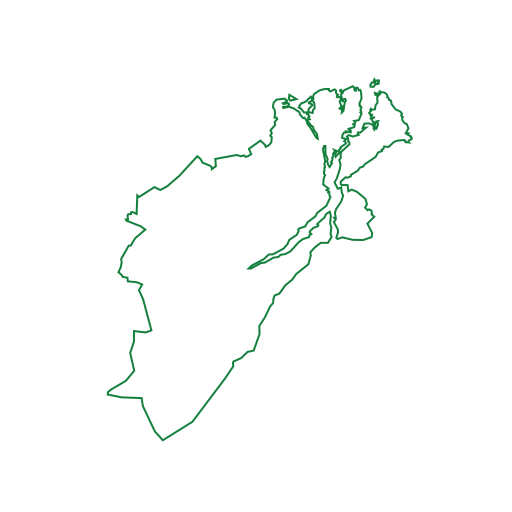 the district of Suldal nor, Rogaland, Norway, rotated 159°
{"feature_id": "86288312B74998451175401", "entity_name": "Suldal nor", "entity_type": "district", "adm_level": 2, "iso_a3": "NOR", "parent_name": "Norway", "parent_adm1": "Rogaland", "projection": "albers", "projection_center": [6.141, 59.542], "detail": "fine", "context": "isolated", "style": "outline", "palette": "green", "viewbox_px": 512, "rotation_deg": 159, "n_neighbors": 0, "source": "geoboundaries", "source_scale": "gbopen_adm2", "svg_char_len": 6067}
<svg xmlns="http://www.w3.org/2000/svg" viewBox="0 0 512 512"><g transform="rotate(159 256 256)"><path d="M409.0,117.4L374.8,124.0L328.7,152.8L316.7,161.2L315.9,164.3L314.9,165.6L306.5,166.0L298.2,169.5L292.1,168.5L280.7,181.8L278.0,189.5L269.8,195.4L260.9,203.8L256.8,206.1L255.1,209.8L252.7,212.5L247.8,212.4L239.2,218.1L230.8,220.9L224.8,224.8L210.1,229.5L204.6,237.0L204.0,240.0L197.8,243.0L190.9,245.1L184.2,242.5L179.4,246.1L178.5,247.0L178.6,249.5L175.5,255.6L175.1,259.9L171.6,267.1L171.3,270.9L175.4,270.1L178.3,267.4L185.9,264.6L187.4,263.8L186.7,262.5L187.3,261.7L192.2,261.7L196.8,259.8L197.5,258.8L196.5,256.6L198.7,256.2L199.8,254.6L206.1,255.0L211.2,253.6L222.1,248.0L228.0,247.3L232.7,248.3L235.5,247.1L240.3,248.2L249.9,246.7L254.1,247.6L265.2,246.1L267.3,247.0L262.9,248.7L250.1,250.2L243.5,252.8L239.5,251.5L227.7,253.0L222.5,255.7L219.0,259.2L210.5,261.1L207.4,263.6L207.2,265.4L206.0,266.2L199.4,266.0L195.8,269.0L186.4,271.7L183.4,274.3L172.2,277.7L165.3,284.5L165.7,286.2L164.7,289.6L165.8,289.7L165.2,290.9L166.5,292.3L164.1,293.0L167.6,298.7L165.1,304.0L162.5,306.7L163.0,308.2L162.6,310.1L161.9,310.3L160.4,314.1L159.6,314.3L159.1,317.7L157.5,319.5L155.2,331.9L152.9,334.3L151.8,333.8L154.4,326.7L155.3,326.4L154.5,324.9L154.4,320.8L155.6,319.0L156.0,315.5L155.4,312.7L151.7,315.4L152.4,316.7L150.1,318.5L149.6,320.6L148.0,321.3L147.4,323.9L144.6,325.5L144.9,326.9L142.5,324.7L145.2,323.7L145.9,320.2L140.8,322.9L140.5,325.2L138.2,326.2L138.2,327.1L131.8,328.8L131.6,331.0L132.4,331.6L130.0,332.9L133.3,335.4L131.9,338.0L129.7,339.6L127.5,339.0L127.4,340.2L123.3,337.5L122.6,339.2L123.7,339.7L124.1,341.5L118.0,341.1L116.8,343.2L118.8,344.3L116.6,344.3L115.4,345.3L116.0,346.9L111.4,346.0L106.3,351.3L107.1,352.7L106.1,353.1L106.1,355.1L104.3,356.8L104.6,358.7L105.3,358.5L105.2,360.7L100.9,365.5L99.1,371.8L99.3,373.7L100.5,373.7L100.9,376.6L101.7,377.1L102.7,377.2L103.3,374.6L104.5,375.1L104.1,378.2L104.8,379.8L114.6,379.1L116.4,377.5L117.2,380.7L117.8,380.8L118.3,380.1L117.5,377.3L119.0,375.6L119.8,368.6L118.4,371.0L116.5,370.8L116.3,368.9L117.7,368.2L122.4,360.1L124.4,359.2L121.7,364.3L124.1,363.4L124.1,362.5L125.1,363.8L122.6,365.1L122.5,370.4L120.9,371.3L120.2,374.1L123.4,375.3L121.7,377.1L122.7,377.5L122.7,380.2L121.9,381.5L122.9,383.4L127.6,383.0L128.7,384.6L128.1,385.8L132.5,387.4L137.6,387.8L144.0,386.3L145.6,384.3L146.0,382.1L147.8,380.9L146.8,378.8L146.9,377.1L148.4,372.8L150.5,371.8L151.8,369.3L155.5,371.5L154.2,374.4L149.5,376.5L149.4,377.6L151.9,379.7L151.7,380.5L148.4,380.7L147.4,382.5L147.7,385.1L154.6,382.2L159.0,382.3L161.8,380.7L161.8,378.9L162.5,378.9L161.1,377.1L159.7,372.7L156.8,371.9L157.6,370.2L156.2,369.4L156.6,368.5L156.1,367.0L157.6,366.4L156.9,364.4L159.4,365.0L159.5,364.1L158.0,358.4L156.5,356.2L156.8,353.2L155.4,348.2L156.3,343.4L157.3,344.7L159.3,356.6L160.7,361.1L160.3,363.6L161.1,367.7L162.5,367.7L163.1,369.1L164.2,372.3L163.9,374.7L168.2,380.6L171.9,383.6L177.4,384.3L177.4,385.4L173.5,384.4L170.9,385.3L170.7,386.5L171.5,387.3L176.0,388.0L176.2,389.0L172.1,388.9L172.3,389.8L171.4,390.1L172.9,392.7L180.8,394.6L184.6,392.8L186.9,388.9L186.3,386.2L186.7,383.0L189.1,378.6L187.2,377.8L187.1,376.2L190.7,374.4L191.0,371.6L197.4,368.1L197.2,365.0L199.6,363.2L198.7,361.1L201.0,356.7L203.9,354.9L207.8,354.4L207.8,356.6L210.5,362.1L224.2,358.6L224.0,352.7L227.8,352.1L230.2,352.2L231.1,354.2L234.3,354.5L237.8,357.2L259.2,361.2L261.3,354.2L266.1,352.9L265.5,354.6L266.6,356.8L272.5,362.3L273.0,366.4L275.0,370.2L298.7,358.4L314.0,352.9L321.7,351.9L326.1,356.7L344.0,353.0L345.1,355.1L352.4,338.0L355.5,341.3L357.1,341.5L357.7,339.9L360.3,340.8L361.4,339.9L362.4,336.1L364.4,336.7L364.2,335.3L353.0,325.1L349.9,320.3L362.4,315.9L369.2,310.6L371.2,311.2L383.0,301.5L383.7,298.3L386.1,294.2L390.2,290.1L388.3,286.6L387.9,284.3L383.8,281.7L384.8,278.3L376.6,274.2L372.5,270.2L377.5,266.1L376.9,255.9L380.3,224.0L386.4,224.2L396.8,229.6L400.5,220.0L408.2,210.6L410.8,192.5L422.2,186.1L439.6,183.2L443.1,181.9L444.1,179.8L432.3,172.3L413.7,164.3L415.4,156.6L413.3,128.5L409.0,117.4ZM141.3,232.2L139.3,235.7L140.4,246.3L131.5,250.3L133.2,253.5L132.3,254.5L132.1,257.4L134.0,259.1L135.4,258.7L136.8,262.1L133.8,264.6L133.4,270.1L138.6,279.6L142.9,283.7L146.6,283.3L145.1,289.4L150.6,291.5L151.1,292.7L150.3,295.1L144.1,297.4L142.6,296.3L138.8,296.5L138.2,297.8L130.6,299.1L127.2,301.3L123.9,301.1L121.8,302.6L108.9,305.6L104.9,308.9L100.8,308.8L100.6,310.2L98.9,310.2L97.1,312.3L93.2,310.3L86.1,313.1L82.7,313.0L76.3,311.3L75.3,310.2L75.8,309.5L75.5,308.6L72.7,307.3L73.0,307.8L72.1,309.0L69.1,309.3L68.2,310.2L69.0,311.8L68.5,312.2L71.2,315.3L69.8,315.9L72.1,317.0L67.9,320.6L68.0,325.2L69.7,326.9L70.7,330.2L70.1,332.6L69.1,333.2L70.2,335.1L68.7,336.6L69.6,339.2L73.2,343.0L75.0,349.1L74.3,352.7L75.8,353.9L75.5,355.5L76.6,357.0L75.9,357.7L76.1,360.2L77.6,362.6L81.1,364.5L81.2,363.8L81.4,363.7L81.4,365.4L82.1,365.1L81.4,363.9L82.3,362.6L86.6,365.6L86.9,363.9L84.5,361.7L85.9,360.9L87.7,355.5L90.3,353.9L92.4,350.3L95.4,351.0L96.0,352.3L97.0,351.4L96.8,350.1L99.0,349.1L98.9,347.7L96.2,345.7L98.7,346.9L98.8,344.1L95.3,342.9L99.5,342.9L98.7,341.1L98.9,339.6L97.8,338.5L98.7,337.9L98.4,335.3L95.4,338.6L93.8,338.2L94.5,337.7L95.0,334.9L97.5,332.2L97.6,333.2L100.2,331.5L100.5,333.3L99.6,334.4L100.2,336.8L102.6,339.1L107.4,340.7L110.6,337.3L107.3,336.4L114.5,333.8L116.2,334.9L117.2,333.9L116.8,332.3L122.8,332.8L126.0,335.6L128.3,335.0L127.8,332.7L129.0,329.5L128.1,328.6L128.7,326.8L139.0,322.7L140.7,320.5L141.6,317.4L143.9,315.8L144.2,311.3L146.6,307.1L152.8,299.4L156.3,296.6L155.5,289.4L151.9,289.5L153.2,284.3L153.0,281.2L156.5,276.7L164.7,270.8L166.9,267.9L168.0,262.7L169.2,263.4L168.7,261.6L169.1,260.9L171.2,259.8L170.1,251.9L170.8,248.8L174.5,244.3L173.9,242.7L168.8,242.5L159.8,236.4L150.2,232.5L141.3,232.2ZM85.7,371.8L83.1,373.4L79.8,372.9L78.7,375.1L79.7,375.0L79.0,376.2L82.0,376.9L82.2,378.4L83.1,377.4L82.6,375.0L85.6,376.5L88.2,374.5L88.2,372.9L85.7,371.8ZM168.9,391.0L168.3,388.8L162.1,388.0L167.1,394.5L168.9,391.0Z" fill="none" stroke="#15803d" stroke-width="2"/></g></svg>